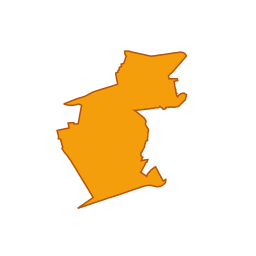 outline of Xaloztoc, Tlaxcala, Mexico, rotated 311°
{"feature_id": "50627088B11287751842327", "entity_name": "Xaloztoc", "entity_type": "district", "adm_level": 2, "iso_a3": "MEX", "parent_name": "Mexico", "parent_adm1": "Tlaxcala", "projection": "orthographic", "projection_center": [-98.026, 19.412], "detail": "fine", "context": "isolated", "style": "filled", "palette": "amber", "viewbox_px": 256, "rotation_deg": 311, "n_neighbors": 0, "source": "geoboundaries", "source_scale": "gbopen_adm2", "svg_char_len": 5590}
<svg xmlns="http://www.w3.org/2000/svg" viewBox="0 0 256 256"><g transform="rotate(311 128 128)"><path d="M34.4,142.7L34.8,143.0L43.3,148.0L44.7,148.8L46.1,149.6L47.4,150.3L49.0,151.3L49.9,151.8L53.7,154.0L54.3,154.4L56.4,155.7L59.6,157.6L63.0,159.5L65.6,161.2L68.2,162.8L73.6,166.0L76.2,167.5L78.8,169.0L79.0,169.1L81.1,170.3L87.4,173.9L89.8,175.4L92.2,176.8L93.1,177.3L94.0,177.8L94.8,178.4L96.3,179.4L96.9,179.9L97.7,180.7L98.3,181.3L98.9,182.0L99.3,182.4L99.7,182.9L100.8,184.8L101.1,185.4L101.5,186.1L101.7,186.7L102.4,187.9L102.6,188.3L102.9,188.6L103.5,189.3L103.9,189.6L104.4,190.0L104.8,190.4L105.3,190.7L105.9,191.0L106.3,191.2L106.7,191.4L107.3,191.6L108.2,191.8L108.5,191.8L109.1,191.9L109.6,192.0L110.4,192.0L111.5,192.0L111.8,191.9L111.9,191.7L112.1,191.6L112.3,191.5L112.4,191.4L112.7,191.2L112.9,191.1L113.1,191.0L113.3,190.8L113.6,190.6L113.8,190.4L114.0,190.2L112.2,189.6L111.6,189.4L111.1,189.2L111.7,187.5L112.0,186.8L112.3,185.9L113.0,184.2L113.7,182.2L115.0,178.8L115.4,177.8L116.0,176.4L116.2,175.8L116.5,175.1L116.8,174.6L116.9,174.3L116.9,174.2L116.6,174.1L116.3,174.0L115.7,173.8L115.4,173.7L115.1,173.6L114.8,173.7L114.6,173.7L114.3,173.5L114.0,173.3L113.7,173.3L113.1,173.3L112.8,173.2L112.5,173.1L112.0,173.0L111.5,173.0L110.9,172.9L110.6,172.9L109.7,173.0L109.3,172.9L108.2,172.9L106.8,172.9L106.5,172.9L105.8,173.0L105.4,173.1L104.1,173.5L103.8,173.7L103.6,172.4L103.5,171.0L103.2,168.8L103.1,167.8L103.0,167.4L103.0,167.1L102.9,166.6L103.8,166.5L104.3,166.4L105.3,166.1L106.4,165.9L107.8,165.6L108.4,165.5L108.9,165.4L109.7,165.3L110.8,165.0L111.2,164.9L111.6,164.8L112.0,164.7L112.9,164.2L113.1,164.1L114.5,164.6L115.3,164.4L115.8,164.3L117.2,163.7L116.9,163.4L115.8,162.5L115.5,162.2L115.0,161.7L114.0,160.9L113.6,160.6L112.0,159.4L115.1,158.4L115.6,158.4L115.7,158.2L115.5,157.8L115.3,157.4L115.4,157.2L115.6,156.3L115.6,156.1L115.7,155.8L116.8,154.9L118.0,153.9L118.2,154.2L118.3,154.3L120.1,153.9L121.8,153.5L123.8,153.0L124.2,152.9L125.2,152.6L125.4,152.3L126.0,151.8L126.3,151.6L126.8,151.5L127.7,151.1L127.9,151.0L128.4,150.8L129.0,150.6L129.3,150.4L129.9,150.3L130.1,150.3L130.4,150.3L130.5,150.4L130.7,150.5L131.3,150.9L131.4,151.0L131.6,150.9L132.2,150.3L132.6,149.8L133.3,149.3L133.8,149.0L135.9,147.3L137.6,146.2L138.2,145.8L138.7,145.5L139.2,145.3L139.4,145.2L139.6,145.0L139.9,144.6L140.3,144.1L140.6,143.4L140.8,143.1L140.9,142.9L140.9,142.6L140.9,142.2L141.0,142.0L141.6,140.3L141.7,139.9L142.2,138.9L142.5,138.5L142.8,138.3L143.1,138.1L143.7,137.9L144.2,137.7L144.8,137.2L145.0,137.1L145.1,136.9L145.4,136.1L145.4,135.7L145.5,135.2L145.8,134.8L146.0,134.4L146.1,131.1L145.9,128.2L145.9,124.9L145.7,123.7L145.8,122.7L145.6,121.4L146.1,122.0L149.9,125.4L151.5,127.0L152.7,128.0L152.9,128.2L154.3,129.5L155.7,130.8L155.8,130.8L157.1,132.1L157.4,132.3L158.7,133.4L158.9,133.8L160.1,134.7L160.6,135.1L161.7,135.9L161.9,136.2L163.4,137.8L164.0,137.8L165.2,137.7L165.4,139.9L165.5,140.0L165.2,141.9L165.1,142.2L167.4,143.9L168.3,143.1L168.8,143.6L169.3,144.0L170.0,144.8L170.7,145.5L171.6,146.2L172.2,147.0L172.8,147.9L173.6,148.8L177.3,152.0L182.5,152.3L186.8,152.8L191.5,150.4L191.5,149.9L191.3,149.5L191.2,149.3L191.2,149.1L191.2,148.6L191.2,148.4L191.3,148.2L191.3,147.9L191.2,147.6L191.1,147.4L190.6,147.1L190.5,146.8L190.3,146.6L190.1,146.3L189.8,146.2L189.6,146.1L189.2,146.0L189.0,145.8L188.7,145.7L188.4,145.4L188.2,145.3L188.2,145.2L187.6,145.1L187.4,145.0L187.1,145.0L186.9,144.9L186.5,144.8L186.2,144.8L185.9,144.8L185.4,144.8L184.7,144.8L184.1,144.8L184.2,144.1L185.0,142.5L185.4,142.1L185.7,142.3L185.9,142.3L186.1,142.3L186.2,142.2L186.3,142.1L186.3,141.9L185.9,141.4L186.2,141.2L186.7,140.3L187.1,140.0L187.5,139.6L187.8,139.4L188.5,138.5L188.8,137.9L188.8,137.6L189.3,137.1L190.0,136.2L191.8,134.2L193.4,132.1L194.4,132.9L194.8,133.2L196.4,134.4L196.5,134.4L197.2,133.4L197.5,132.8L192.1,126.8L192.3,126.6L192.4,126.3L193.8,124.4L194.0,124.3L198.0,124.7L199.3,124.9L199.8,124.9L202.6,124.9L209.4,124.9L217.6,124.9L219.9,124.9L220.5,124.8L220.8,124.7L221.0,124.3L221.1,123.8L221.2,123.4L221.4,121.9L221.5,121.7L221.2,120.5L220.7,119.4L219.8,117.9L218.4,116.7L215.6,114.3L215.6,114.2L213.2,112.1L210.0,109.4L206.9,106.7L203.8,104.0L200.7,101.4L197.5,98.5L195.7,95.4L194.6,93.3L193.7,91.6L191.5,87.7L189.4,83.8L187.8,81.0L186.6,78.2L183.8,75.0L181.7,77.3L181.0,79.6L180.7,79.8L180.4,79.7L178.1,80.8L173.9,82.4L171.7,80.9L170.2,82.7L168.2,81.7L166.2,83.0L164.5,82.8L163.6,83.9L161.7,82.7L161.0,83.0L159.5,84.9L157.7,87.0L156.0,89.1L156.1,89.4L155.1,90.6L154.4,91.2L154.1,91.3L152.1,90.2L144.6,85.6L142.7,84.4L138.2,81.6L136.2,80.4L135.4,79.9L134.4,79.3L132.6,78.2L132.2,78.0L131.7,77.8L130.8,77.4L127.3,76.1L124.6,75.1L123.7,74.7L121.2,73.2L118.8,71.7L117.6,70.9L116.4,70.2L113.6,68.7L112.8,68.3L112.1,67.9L109.1,66.4L106.7,65.2L104.9,64.1L104.4,63.9L104.2,64.0L105.1,66.1L106.2,68.2L106.3,68.3L107.3,69.7L108.3,70.9L109.2,71.8L110.0,72.3L110.7,72.9L113.8,75.2L114.2,76.4L114.6,77.5L114.6,77.8L114.6,78.2L111.7,79.8L106.8,82.7L104.6,84.0L101.0,86.2L98.4,87.6L95.6,84.6L95.9,84.1L96.5,83.6L92.4,79.5L89.4,83.5L80.5,76.7L79.6,76.1L78.6,77.4L77.0,79.9L76.1,81.0L75.1,81.8L74.5,82.3L74.2,82.5L74.6,83.3L74.9,83.5L75.0,84.0L75.1,84.4L75.2,84.9L75.0,85.2L74.6,85.5L74.3,85.7L74.0,86.1L73.8,86.6L73.6,87.1L73.1,87.7L72.7,88.1L72.4,88.3L72.2,88.6L72.1,89.0L72.0,89.3L71.8,89.7L71.3,90.3L71.1,90.9L70.8,91.2L70.5,91.4L70.0,91.5L69.6,91.5L69.3,91.5L68.0,95.7L67.4,100.0L65.9,105.9L64.2,111.4L62.5,116.9L60.5,122.9L56.6,135.3L54.6,141.4L53.0,146.4L52.7,147.3L45.8,145.6L34.4,142.7Z" fill="#f59e0b" stroke="#b45309" stroke-width="1.5"/></g></svg>